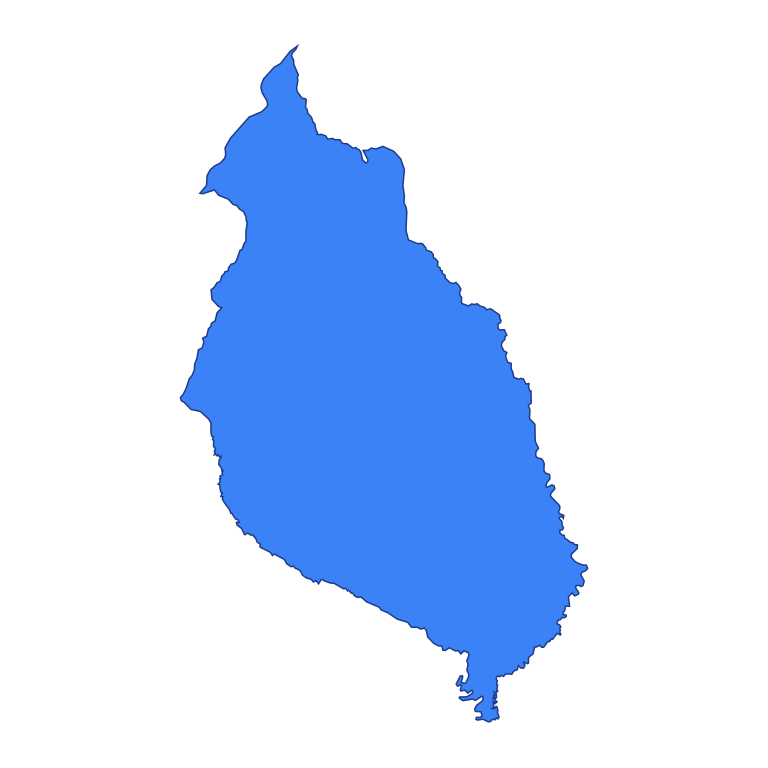 Monterrey, Casanare, Colombia
{"feature_id": "7082276B81333825674137", "entity_name": "Monterrey", "entity_type": "district", "adm_level": 2, "iso_a3": "COL", "parent_name": "Colombia", "parent_adm1": "Casanare", "projection": "natural_earth1", "projection_center": [-72.845, 4.854], "detail": "fine", "context": "isolated", "style": "filled", "palette": "blue", "viewbox_px": 768, "rotation_deg": 0, "n_neighbors": 0, "source": "geoboundaries", "source_scale": "gbopen_adm2", "svg_char_len": 6111}
<svg xmlns="http://www.w3.org/2000/svg" viewBox="0 0 768 768"><path d="M199.9,193.2L202.5,193.8L214.4,190.0L218.8,195.3L228.3,199.2L233.0,204.3L237.2,205.8L239.3,208.9L243.6,211.7L246.1,216.9L246.3,220.9L247.3,222.3L245.9,231.7L246.0,241.0L244.0,243.7L242.0,249.7L240.1,250.2L236.4,260.6L234.6,263.3L231.1,264.2L228.3,268.4L228.5,270.7L224.8,271.9L224.1,273.9L221.9,275.9L220.1,281.6L217.1,282.7L214.2,287.3L211.1,289.7L212.0,299.4L218.5,306.4L221.7,307.7L217.1,312.8L215.2,320.7L211.5,323.3L210.7,326.5L208.4,328.9L206.7,336.2L202.6,338.2L203.8,341.9L202.9,346.0L201.9,348.1L198.4,349.8L196.9,358.6L194.7,364.1L194.3,370.2L192.1,375.3L189.3,378.8L186.1,388.6L183.1,394.5L180.4,397.5L181.3,400.7L184.1,402.3L190.9,409.4L200.3,411.4L208.5,418.9L210.9,422.8L211.0,432.6L211.7,436.1L213.4,436.9L212.5,439.4L213.7,440.8L213.5,446.4L215.5,448.5L214.3,451.4L215.3,452.6L214.3,454.8L215.7,454.3L217.0,455.9L218.3,454.6L219.4,457.0L221.2,456.2L220.7,458.2L219.2,459.7L218.8,464.5L222.8,470.2L222.7,471.0L221.9,470.5L222.5,474.5L220.0,476.2L220.7,478.4L219.6,478.8L220.2,481.9L218.1,484.2L219.6,484.5L220.4,490.5L221.2,492.6L222.2,492.7L220.9,496.5L223.0,496.7L222.3,498.8L224.3,502.6L229.4,509.4L230.8,513.3L231.7,513.2L235.6,519.0L237.7,519.5L239.1,522.4L236.4,522.4L237.1,525.1L241.5,528.4L244.3,534.2L245.1,534.7L247.8,533.0L250.8,535.1L252.7,534.9L255.9,538.8L257.2,542.1L260.4,544.2L259.8,546.5L260.7,547.5L270.5,552.4L272.4,555.5L274.5,554.1L284.3,559.4L286.8,563.9L291.1,566.7L293.6,566.2L295.4,568.4L298.3,569.3L300.8,571.6L302.6,575.3L306.7,578.1L311.2,579.3L313.4,582.0L316.2,580.7L318.6,583.8L320.9,580.1L322.9,579.4L324.1,580.8L330.6,583.1L333.9,583.2L343.6,588.8L345.7,588.3L347.5,590.9L348.9,590.5L351.2,593.1L352.8,593.2L354.6,595.9L357.6,597.4L361.3,597.1L366.7,601.9L379.2,607.2L381.3,610.0L387.9,612.8L397.4,619.2L407.7,622.3L411.5,627.3L417.1,627.2L420.7,629.1L424.4,628.1L426.3,630.4L427.7,637.0L433.7,643.3L438.5,645.9L441.8,646.1L442.9,650.3L445.1,650.4L449.6,647.8L455.2,650.9L458.5,650.7L460.8,654.0L463.9,651.0L468.1,652.5L469.0,655.4L466.8,660.7L468.0,664.4L466.9,670.2L468.7,674.0L468.5,677.2L465.7,682.9L464.3,683.3L461.1,682.4L462.8,676.8L462.2,675.6L460.2,676.0L456.2,684.2L457.6,686.2L460.5,684.9L461.5,685.5L460.3,690.1L461.1,691.1L464.5,690.0L467.9,693.1L471.9,690.2L472.8,691.9L472.0,693.6L467.0,696.8L459.6,697.0L459.3,698.1L462.8,700.7L472.3,699.1L475.6,700.3L482.0,696.2L483.1,697.3L482.7,700.6L476.7,705.3L474.7,708.8L475.3,711.4L480.8,711.8L482.2,715.7L480.1,717.4L476.5,717.3L475.9,719.2L477.2,720.1L482.9,719.2L488.5,721.9L490.5,721.4L492.9,719.1L495.0,719.8L496.4,718.0L497.9,718.9L499.1,717.1L497.4,712.2L497.9,710.5L497.0,706.9L496.2,706.4L494.4,708.6L492.1,708.3L494.0,707.2L493.0,701.8L495.0,703.7L497.0,702.0L496.5,701.0L494.9,701.1L495.2,699.0L492.9,698.4L494.2,696.7L495.2,698.0L496.4,697.8L496.4,694.5L494.0,695.2L494.8,693.6L494.0,692.0L496.1,692.8L498.2,690.6L496.7,691.4L497.6,685.0L496.5,684.4L497.3,680.7L496.2,679.4L496.3,677.6L497.6,676.0L499.9,676.7L501.2,675.4L503.5,676.4L506.0,673.8L511.9,674.2L513.6,671.2L517.2,669.7L518.4,665.7L520.9,668.0L523.6,668.2L525.0,665.4L523.7,663.1L524.0,662.1L527.3,663.7L528.5,663.1L528.5,657.5L533.1,653.8L534.6,647.0L537.1,646.8L539.6,645.2L541.5,647.2L543.6,647.3L547.2,642.5L548.8,641.1L549.7,641.5L551.1,639.1L552.6,639.4L557.0,633.4L560.3,635.0L560.9,634.3L559.7,632.2L560.3,630.1L559.7,628.4L560.8,627.0L559.8,625.1L557.3,623.8L557.0,622.5L558.5,620.1L560.4,619.7L561.9,617.7L564.7,617.6L566.3,616.3L566.0,614.9L563.4,614.7L563.0,613.4L564.9,609.8L565.4,606.1L569.6,606.3L568.4,596.9L572.1,592.9L574.6,595.9L578.4,594.1L578.8,592.6L575.8,588.3L575.8,585.8L578.8,585.2L581.0,586.6L583.1,585.4L584.2,580.9L580.7,574.5L582.3,572.1L585.4,570.9L587.6,568.5L586.5,565.2L582.4,564.9L578.0,563.2L575.0,561.6L571.2,557.0L571.2,554.4L577.3,548.5L577.4,544.8L574.4,544.6L573.3,542.9L570.8,542.4L564.5,537.9L564.3,535.4L561.9,535.0L559.7,532.4L560.0,530.0L562.4,529.9L563.5,527.8L562.1,524.9L561.9,521.4L559.5,519.0L559.4,517.4L561.6,516.3L563.2,518.4L563.8,515.4L559.2,513.4L558.6,511.6L559.9,508.4L559.6,505.7L550.5,496.2L550.7,493.6L554.8,488.8L554.0,485.7L551.8,484.9L547.7,487.1L546.1,486.7L546.4,483.6L549.9,478.8L549.6,474.5L545.6,473.1L543.9,470.7L544.2,463.8L543.2,460.9L541.2,458.7L537.2,457.8L535.8,455.9L535.8,452.2L538.5,448.2L535.2,441.3L534.9,424.3L529.5,418.6L529.9,409.6L528.3,405.4L531.2,403.1L531.0,391.0L529.5,390.5L528.6,387.3L528.8,383.5L526.0,384.1L523.3,378.9L521.0,378.4L518.7,379.3L513.7,377.2L512.9,372.6L511.1,368.5L511.2,363.4L507.7,362.2L505.5,356.4L506.9,352.5L503.8,350.8L501.3,345.7L502.0,342.5L504.8,339.5L505.0,336.6L506.8,335.2L504.3,329.7L499.3,329.9L498.1,328.1L498.0,324.1L500.4,322.6L501.1,320.5L499.8,318.2L499.6,315.0L490.7,308.8L486.2,309.7L484.9,307.5L480.0,305.9L476.9,303.6L475.5,304.5L471.5,304.0L468.6,305.9L462.8,303.9L461.4,302.6L461.6,297.5L460.0,295.3L459.6,292.3L460.9,289.4L459.3,286.2L455.9,282.4L454.1,283.5L450.1,282.8L444.9,277.7L445.3,275.5L442.3,273.4L442.2,271.0L440.5,270.2L440.1,267.9L437.5,266.1L437.9,261.6L435.4,258.7L433.5,257.8L433.1,254.3L431.2,251.8L426.3,250.1L425.5,247.4L422.1,243.5L417.1,243.5L408.4,239.9L406.0,230.4L406.8,211.8L406.0,207.0L403.9,202.7L404.4,196.2L402.9,185.7L404.4,169.7L400.7,158.9L393.6,151.2L382.9,146.4L375.9,149.0L371.3,148.1L367.8,150.4L363.1,150.4L367.9,159.7L367.6,162.1L366.0,163.0L362.7,160.3L360.8,152.1L359.0,149.5L357.3,149.2L355.9,147.5L353.1,148.3L347.3,143.8L342.3,143.4L339.9,139.7L334.9,139.7L332.6,138.4L327.6,139.1L325.9,136.0L321.1,134.3L317.3,134.7L317.4,132.3L316.1,130.4L314.6,123.4L313.0,122.2L311.5,117.3L308.0,113.6L307.0,109.3L305.5,107.1L306.3,99.7L305.2,98.6L302.2,98.4L297.2,91.6L296.6,87.6L297.9,80.1L297.3,77.6L298.3,74.9L293.8,64.4L293.6,60.0L291.4,55.9L292.3,53.0L295.8,49.4L297.3,46.1L290.2,51.3L280.5,63.6L274.2,67.2L263.7,78.8L261.3,84.7L261.0,87.9L262.2,92.8L267.0,101.0L267.7,104.7L267.0,106.5L262.0,111.6L249.2,117.0L230.5,138.1L225.1,147.8L225.7,154.8L224.7,158.2L220.5,162.9L214.5,166.0L210.3,169.7L207.1,175.6L206.5,185.5L199.9,193.2Z" fill="#3b82f6" stroke="#1e3a8a" stroke-width="1.5"/></svg>